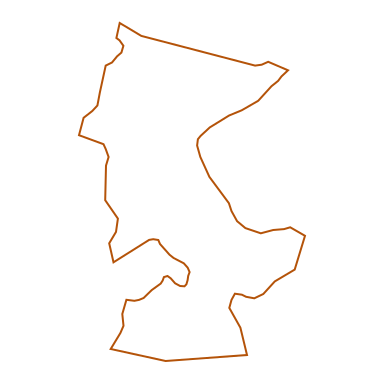 the Municipality of Šentjur pri Celju
{"feature_id": "SVN-220", "entity_name": "Šentjur pri Celju", "entity_type": "Municipality", "adm_level": 1, "iso_a3": "SVN", "parent_name": "Slovenia", "parent_adm1": "", "projection": "robinson", "projection_center": [15.433, 46.187], "detail": "fine", "context": "isolated", "style": "outline", "palette": "amber", "viewbox_px": 384, "rotation_deg": 0, "n_neighbors": 0, "source": "natural_earth", "source_scale": "10m", "svg_char_len": 1185}
<svg xmlns="http://www.w3.org/2000/svg" viewBox="0 0 384 384"><path d="M105.2,200.2L106.0,165.6L108.6,157.0L105.7,149.0L103.5,144.2L79.0,135.2L83.6,117.8L92.3,111.0L97.4,105.5L99.9,92.3L105.7,65.6L112.0,62.5L117.1,56.3L121.4,52.6L123.4,45.8L119.5,40.3L116.4,38.0L119.7,23.0L141.3,35.9L255.1,65.6L261.7,64.7L268.2,61.8L288.0,70.3L281.5,76.4L278.1,80.9L271.5,86.2L258.2,100.8L241.7,110.3L229.1,115.5L209.8,127.4L200.6,135.9L197.9,139.2L197.1,145.5L200.3,156.9L209.4,176.9L228.9,203.2L231.5,211.1L237.1,221.2L245.4,228.1L260.8,233.3L273.2,230.0L284.1,229.1L290.2,227.3L305.0,235.8L294.7,269.6L274.8,281.4L263.3,294.0L254.3,298.3L246.1,296.8L241.9,294.7L234.9,293.7L231.5,299.9L229.3,307.9L240.4,327.7L247.0,355.0L165.6,361.0L110.7,349.0L120.4,333.0L123.5,325.8L122.3,314.0L126.4,299.8L134.4,300.8L139.0,299.9L143.6,298.0L151.7,290.1L160.7,283.6L162.7,280.5L163.9,277.1L167.5,276.0L170.7,278.3L175.1,283.3L180.1,286.0L184.5,286.3L186.4,284.3L187.6,280.2L188.2,275.9L189.6,272.1L187.7,267.7L183.8,263.3L173.6,258.0L169.5,254.7L160.0,244.0L158.3,240.0L153.2,239.2L149.1,239.9L113.5,262.3L109.2,243.3L116.0,231.9L117.9,218.6L105.2,200.2Z" fill="none" stroke="#b45309" stroke-width="2"/></svg>